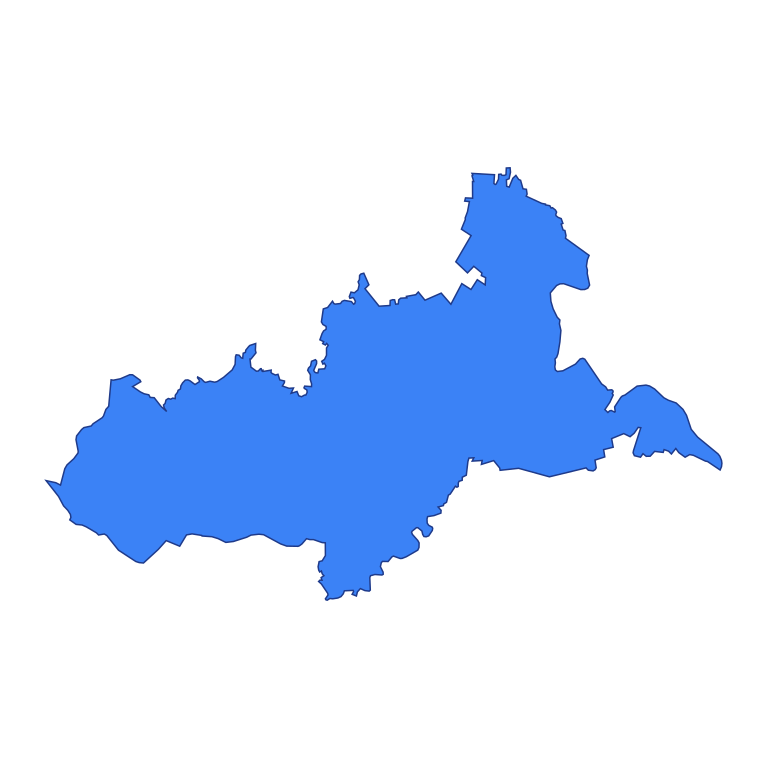 Quoc Oai, Ha Noi, Vietnam
{"feature_id": "81297802B41330613652559", "entity_name": "Quoc Oai", "entity_type": "district", "adm_level": 2, "iso_a3": "VNM", "parent_name": "Vietnam", "parent_adm1": "Ha Noi", "projection": "robinson", "projection_center": [105.6, 20.978], "detail": "fine", "context": "isolated", "style": "filled", "palette": "blue", "viewbox_px": 768, "rotation_deg": 0, "n_neighbors": 0, "source": "geoboundaries", "source_scale": "gbopen_adm2", "svg_char_len": 6107}
<svg xmlns="http://www.w3.org/2000/svg" viewBox="0 0 768 768"><path d="M720.1,470.0L721.5,466.7L721.9,463.3L721.5,460.4L719.8,456.2L718.0,453.9L697.6,437.1L691.2,429.3L686.5,415.3L683.0,409.4L676.2,403.0L668.3,400.2L663.9,397.8L654.6,389.0L649.6,386.0L646.0,385.1L637.1,386.1L625.0,395.0L622.3,396.0L620.9,397.3L614.6,406.9L615.2,411.6L614.7,412.1L611.2,410.5L609.6,410.9L607.9,412.5L604.9,409.6L609.9,402.2L613.2,395.0L612.2,393.4L613.1,391.9L612.9,390.7L611.8,389.8L607.6,390.1L605.7,386.9L601.6,383.9L584.8,359.2L582.8,358.3L580.1,359.0L575.5,364.1L562.9,370.8L557.4,371.5L555.4,370.0L554.8,366.8L555.4,362.9L555.0,359.0L556.7,357.2L558.0,353.6L559.9,341.9L560.9,330.4L559.4,323.8L559.9,320.0L557.2,317.2L553.1,308.8L550.9,301.3L550.3,292.9L556.6,285.5L559.9,283.9L563.7,283.7L580.8,289.6L584.7,289.5L587.8,288.2L589.6,285.1L587.2,273.4L587.4,270.1L586.4,266.3L587.4,259.7L589.1,255.4L565.5,238.3L566.0,235.6L564.9,230.5L563.1,230.0L561.2,224.1L562.9,223.4L561.2,218.6L558.1,217.4L556.0,215.7L555.8,214.4L556.6,212.1L555.4,210.0L552.5,207.7L551.1,208.0L549.8,205.7L545.5,204.9L545.5,204.1L541.8,203.4L526.2,196.2L527.1,194.1L526.4,189.3L523.0,188.8L520.6,180.3L518.6,179.4L515.9,175.4L512.8,178.3L509.2,187.1L506.7,186.3L506.4,179.9L509.1,178.7L510.5,172.2L510.1,167.8L506.3,168.0L506.0,174.7L504.3,175.4L501.9,175.3L501.1,174.1L498.7,174.4L498.5,179.2L496.2,184.0L495.2,184.5L493.9,183.5L494.5,174.7L472.0,173.4L472.8,175.1L472.0,175.8L473.7,181.5L472.5,181.5L472.6,198.2L465.5,197.9L464.7,201.1L469.4,201.6L467.5,211.7L465.2,217.9L465.3,219.6L461.4,229.2L471.1,235.6L455.8,261.8L467.5,272.9L473.8,266.3L481.9,273.0L481.3,275.6L485.6,277.6L485.2,284.9L477.3,279.7L471.0,289.5L461.8,283.6L450.9,304.3L441.2,293.1L425.0,300.2L418.3,292.0L415.8,294.7L406.4,296.4L406.9,297.8L400.6,298.2L398.7,299.9L398.3,303.9L395.7,304.2L394.6,299.8L392.7,299.7L390.2,300.5L390.0,305.5L379.1,306.2L365.0,288.7L368.9,284.8L363.8,273.2L360.9,274.0L359.6,275.4L359.4,279.6L358.1,281.8L359.2,284.8L358.0,289.8L354.4,292.8L351.0,292.1L349.3,296.6L349.9,298.3L353.0,297.5L353.6,297.9L355.4,301.2L354.7,303.6L353.6,304.2L351.4,301.6L344.4,300.4L342.1,301.3L340.5,303.5L335.2,304.1L333.9,303.6L332.5,301.2L327.6,307.5L323.3,308.9L321.4,321.9L322.9,324.5L326.1,326.4L326.2,327.9L326.0,329.4L323.6,330.9L322.1,333.5L319.9,339.8L323.7,341.7L322.7,343.6L325.4,345.0L326.7,343.4L328.2,345.3L326.5,348.0L326.5,355.3L324.5,359.4L321.7,361.3L322.9,364.1L324.4,363.2L325.9,365.8L324.7,368.8L318.8,369.2L317.9,372.9L316.0,372.8L314.7,372.1L313.7,370.4L316.6,363.6L316.6,361.0L315.4,359.7L311.5,361.3L310.6,365.9L308.5,368.1L307.7,370.3L310.4,374.8L310.3,379.6L311.6,383.9L311.5,386.6L304.7,386.1L304.0,387.7L304.3,388.4L306.8,389.9L307.2,392.2L305.9,395.0L304.4,395.1L301.6,396.7L298.8,395.8L297.0,391.5L291.1,393.3L293.5,388.0L289.0,388.3L282.4,386.0L284.4,382.6L284.5,381.0L279.8,379.9L278.0,374.3L275.4,375.0L272.0,373.4L271.0,372.4L271.2,370.1L262.8,371.5L262.3,371.3L262.9,370.2L261.4,370.1L261.2,368.7L260.5,368.7L258.3,371.0L256.4,371.2L250.9,367.1L250.0,359.1L251.0,359.0L256.0,352.8L255.4,350.3L255.7,343.5L249.9,345.4L248.8,346.4L245.8,350.1L245.4,352.4L243.2,353.2L242.7,358.3L241.2,357.8L239.1,355.2L236.2,354.8L235.5,356.6L235.1,364.4L232.2,369.9L223.5,377.4L217.2,381.5L214.7,382.2L210.0,381.2L205.7,382.4L204.3,381.9L201.3,378.9L197.7,377.0L197.5,377.8L199.3,380.3L199.4,381.7L195.0,384.5L190.0,380.8L187.9,379.9L185.3,380.1L182.6,382.9L180.9,385.8L180.4,389.0L178.1,390.3L177.5,392.3L175.3,395.2L175.2,398.6L172.7,398.1L170.7,399.2L168.3,398.5L166.0,400.0L165.1,403.5L163.5,405.0L164.3,408.1L166.7,411.5L161.1,406.5L154.2,397.7L150.2,397.4L148.8,394.8L144.2,393.8L140.5,392.0L132.6,386.6L140.8,381.7L140.0,380.1L132.6,374.8L129.8,374.7L120.3,378.8L113.2,380.2L111.1,379.8L108.7,406.3L105.9,409.4L103.5,416.0L102.2,417.7L93.1,423.7L91.2,426.0L83.9,427.6L81.6,429.5L76.6,435.9L76.0,439.7L78.2,451.2L78.0,453.0L73.8,458.7L67.0,464.9L64.8,468.7L60.5,485.1L55.8,482.7L46.1,480.6L58.5,496.4L63.6,505.9L67.8,510.3L70.4,514.4L70.9,517.4L69.8,519.9L76.1,524.4L82.1,525.0L86.4,526.9L96.4,532.8L98.6,535.0L104.3,534.0L106.8,535.5L118.5,550.2L135.8,561.5L139.2,562.6L143.5,563.0L158.4,549.3L166.2,540.6L179.7,546.2L186.5,534.9L192.1,533.9L201.7,535.4L202.0,536.0L211.9,536.7L218.1,538.6L225.8,542.4L233.4,541.5L246.8,537.2L251.0,535.1L258.9,534.2L263.6,534.7L280.6,543.9L286.7,546.1L298.0,546.3L299.4,545.8L302.0,543.9L306.5,538.7L309.9,539.6L313.5,539.6L322.2,542.6L325.3,542.8L325.4,555.6L322.2,560.8L319.1,561.6L318.1,566.7L318.7,570.2L319.7,572.0L321.4,571.0L322.2,573.8L323.9,575.7L321.1,577.6L322.0,580.2L320.0,580.1L318.6,581.5L321.4,584.0L327.7,593.3L328.0,595.0L325.4,598.8L325.9,599.8L327.2,600.2L329.9,598.5L332.7,598.8L337.9,598.0L341.0,596.6L343.3,593.8L344.4,590.8L353.2,590.4L353.6,591.7L352.1,594.3L356.4,596.0L357.4,591.9L360.4,588.6L364.9,590.6L369.2,591.1L370.3,590.1L369.8,577.6L370.5,575.7L374.9,574.5L382.0,575.0L383.2,574.3L383.1,572.1L380.4,566.7L381.3,562.7L382.5,561.4L388.1,561.5L391.9,556.9L393.4,556.1L400.2,558.5L402.1,558.4L406.4,556.7L417.8,550.1L419.0,547.4L419.1,542.9L417.8,540.5L412.4,534.4L411.6,532.3L412.1,531.2L416.4,527.7L417.9,527.7L421.9,531.0L422.7,534.4L423.9,536.5L426.1,536.8L428.7,535.9L432.3,530.5L432.7,528.5L432.3,527.2L428.7,525.3L427.2,523.1L427.0,519.0L427.6,516.6L434.0,515.6L440.9,513.1L441.1,510.3L438.1,507.0L443.4,505.6L443.7,504.0L446.5,502.3L448.4,495.1L450.2,494.1L455.4,486.2L456.9,487.2L458.2,486.5L458.3,482.9L459.0,481.3L462.2,480.3L462.3,477.2L466.3,475.2L467.9,461.6L468.9,458.1L473.8,457.8L472.2,461.1L482.2,460.5L481.4,464.4L493.7,460.6L499.7,468.0L500.1,470.3L518.6,468.3L549.4,476.8L586.1,467.9L588.3,470.2L593.1,470.9L595.2,469.6L596.2,467.8L595.0,460.1L604.8,456.9L603.6,449.6L613.2,447.2L611.6,438.6L623.8,433.6L630.1,436.7L634.2,433.2L638.2,427.4L640.8,427.7L633.5,450.6L633.1,452.8L634.4,455.7L640.5,457.2L643.0,453.7L646.2,456.3L650.2,456.2L654.6,451.4L663.2,452.4L664.1,449.6L668.6,451.2L671.4,454.0L675.8,448.5L678.8,452.6L685.1,457.2L689.7,454.6L693.4,455.3L705.4,461.1L707.5,461.5L720.1,470.0Z" fill="#3b82f6" stroke="#1e3a8a" stroke-width="1.5"/></svg>